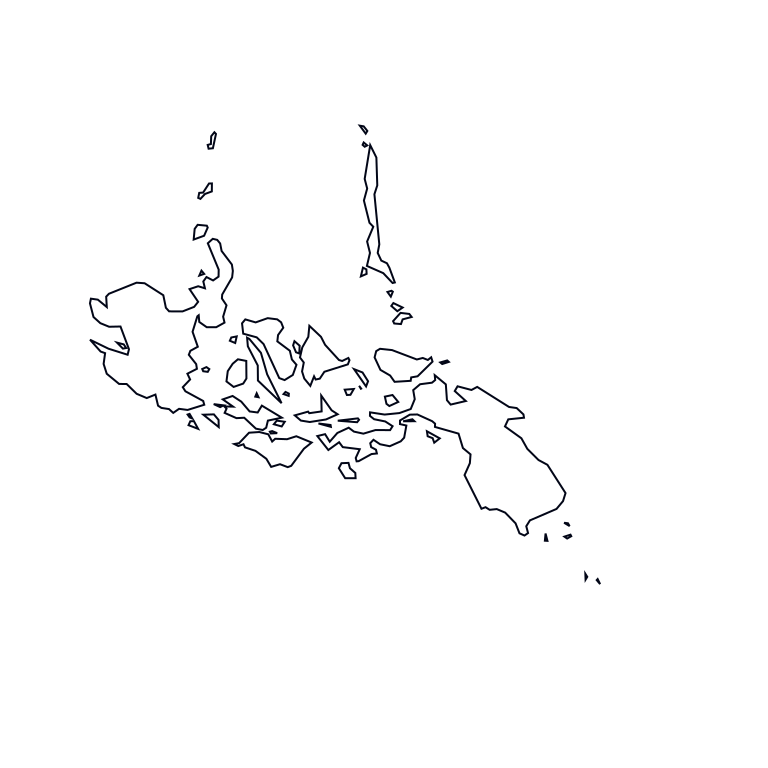 outline of Philippines, rotated 132°
{"feature_id": "PHL", "entity_name": "Philippines", "entity_type": "country or territory", "adm_level": 0, "iso_a3": "PHL", "parent_name": "Asia", "parent_adm1": "", "projection": "albers", "projection_center": [122.681, 12.951], "detail": "fine", "context": "isolated", "style": "outline", "palette": "ink", "viewbox_px": 768, "rotation_deg": 132, "n_neighbors": 0, "source": "natural_earth", "source_scale": "50m", "svg_char_len": 6209}
<svg xmlns="http://www.w3.org/2000/svg" viewBox="0 0 768 768"><g transform="rotate(132 384 384)"><path d="M361.4,172.2L387.7,184.3L394.5,183.1L398.4,177.2L402.6,178.2L404.3,183.4L399.5,193.0L398.5,207.9L401.5,216.5L406.8,221.3L407.6,226.1L411.5,228.1L397.8,263.2L385.4,267.2L378.4,272.6L378.8,282.5L371.0,295.4L381.8,317.4L379.3,319.5L379.4,323.3L384.3,338.8L389.5,344.3L400.4,347.7L403.1,345.3L399.9,339.6L410.4,333.1L415.4,333.2L426.4,338.1L431.4,346.6L432.5,354.5L437.2,354.6L439.5,351.3L438.2,346.0L440.4,342.8L444.4,346.4L458.3,351.2L459.8,352.6L457.9,355.5L448.7,358.4L458.5,372.4L457.3,378.4L470.3,381.2L467.3,398.7L460.7,394.2L463.2,385.7L451.6,385.9L440.1,381.0L439.5,374.5L434.7,366.1L423.9,359.5L414.2,348.6L409.6,349.4L411.0,358.0L416.8,367.8L417.1,373.1L414.4,375.4L406.3,363.1L395.3,353.1L384.7,347.4L374.7,351.0L369.0,358.2L360.0,357.0L350.9,349.2L346.8,348.6L343.5,352.2L342.9,337.8L353.9,326.4L354.7,320.7L341.9,311.8L341.9,326.7L336.5,327.8L329.9,315.0L323.8,312.8L317.4,275.7L313.1,269.3L313.3,260.0L315.4,257.4L327.1,268.0L334.6,265.7L332.4,245.6L336.3,234.1L337.1,218.3L334.7,208.5L343.6,176.1L351.2,172.6L361.4,172.2ZM539.6,519.7L546.5,521.3L546.5,527.0L550.7,533.4L551.3,537.4L544.8,546.8L553.2,550.9L556.8,561.3L556.2,575.2L561.2,580.9L561.9,596.9L556.7,605.8L547.7,611.9L549.5,616.3L547.8,632.1L542.1,612.3L533.8,594.1L528.8,596.8L517.6,618.3L525.4,626.6L528.6,635.5L528.6,644.7L520.8,656.5L516.7,658.9L512.8,653.1L512.3,641.5L505.0,648.9L501.0,648.8L474.3,635.7L469.3,629.3L465.7,607.4L473.3,597.1L473.8,592.3L464.9,582.3L453.7,576.7L447.3,577.1L443.6,592.0L435.7,587.5L432.7,581.1L428.7,586.9L423.3,587.5L421.4,580.3L414.9,578.8L409.6,583.4L397.3,609.1L390.7,608.4L388.5,604.4L389.2,599.8L393.8,593.7L397.0,577.0L401.1,572.0L406.4,568.2L425.8,564.1L428.9,561.7L430.9,553.7L441.6,548.6L445.1,543.6L454.1,546.7L460.4,553.7L461.5,562.8L456.9,567.7L458.6,568.0L473.3,561.2L480.9,547.3L488.9,550.1L492.9,548.6L494.9,536.9L497.9,533.2L507.9,537.0L510.4,531.1L521.0,531.4L522.3,526.7L517.6,507.0L519.7,503.7L534.7,512.6L539.6,519.7ZM433.9,530.1L428.8,530.3L424.1,520.6L412.9,514.5L407.4,506.6L407.0,501.7L409.6,496.5L418.5,495.5L423.7,491.8L422.3,476.2L427.4,468.9L428.3,461.9L438.3,457.8L447.6,460.5L449.7,465.8L434.9,500.2L434.5,509.8L440.8,522.3L433.9,530.1ZM510.2,399.9L513.2,407.6L521.1,412.4L518.3,421.4L519.7,434.8L524.1,444.9L522.8,448.1L527.6,450.8L528.8,455.1L524.9,452.1L510.5,451.7L503.1,444.5L498.8,436.3L501.6,428.6L497.5,428.2L489.9,419.1L481.5,414.2L475.9,398.6L485.7,400.2L506.9,398.2L510.2,399.9ZM393.6,424.0L414.8,436.5L423.0,435.3L426.4,437.8L425.1,441.1L434.7,437.5L433.3,446.9L429.5,453.3L421.7,458.0L420.5,464.2L411.5,469.2L399.6,471.8L390.7,478.4L391.1,462.4L394.3,454.0L396.3,433.5L394.9,430.5L388.5,427.9L389.4,425.6L393.6,424.0ZM244.5,535.6L215.7,554.1L220.8,541.2L240.9,521.9L249.4,518.1L283.4,480.9L290.8,476.4L294.1,468.6L292.3,462.6L294.0,457.8L301.3,443.9L303.2,445.2L302.1,458.7L307.7,475.7L296.0,482.1L289.4,491.9L274.3,497.2L273.9,502.7L261.1,521.7L250.0,527.3L244.5,535.6ZM334.9,362.9L355.8,364.2L360.9,368.2L363.8,366.3L375.3,377.6L373.6,385.1L375.9,396.1L370.5,408.8L364.8,411.8L360.5,410.5L353.4,400.7L343.8,376.0L338.7,372.6L336.8,367.5L332.6,366.8L334.9,362.9ZM477.4,437.4L488.9,445.8L495.3,442.3L499.3,443.3L502.9,449.3L502.6,465.3L508.1,470.8L512.1,483.1L507.7,484.5L507.5,487.6L501.8,481.0L503.3,493.5L494.2,488.5L492.6,478.3L494.3,465.5L489.7,458.8L481.8,460.3L477.4,437.4ZM447.1,510.4L441.2,516.7L440.6,514.2L443.2,496.3L455.0,477.3L466.8,447.3L465.8,480.0L454.7,490.2L447.1,510.4ZM487.5,502.8L479.0,508.7L470.2,510.0L463.4,509.1L459.0,501.8L472.0,489.9L477.9,488.9L486.8,493.8L487.5,502.8ZM449.2,403.4L461.9,413.7L466.8,421.3L467.0,429.3L455.3,421.9L455.7,420.0L446.1,412.0L434.6,422.9L438.6,405.3L437.5,398.2L449.2,403.4ZM480.0,349.8L476.8,361.2L471.3,362.6L466.4,357.6L469.4,352.9L469.3,345.8L473.0,342.1L480.0,349.8ZM395.4,628.5L390.4,629.0L384.9,621.6L385.7,619.7L394.2,616.9L404.0,622.1L395.4,628.5ZM323.5,413.4L328.1,411.5L332.2,416.9L331.2,419.3L320.1,419.3L315.0,412.1L315.7,408.3L323.5,413.4ZM387.8,361.4L396.8,365.3L397.1,368.9L392.8,374.9L386.5,370.3L387.8,361.4ZM356.1,640.8L362.6,644.2L369.3,644.3L370.0,646.6L365.6,649.2L362.8,646.5L352.1,648.2L350.1,646.1L356.1,640.8ZM527.7,497.7L520.4,490.1L521.4,482.9L526.6,478.0L527.7,497.7ZM397.8,395.7L393.0,416.2L389.8,407.7L392.6,397.7L397.8,395.7ZM326.5,671.8L324.3,675.0L321.5,673.2L315.5,678.2L310.4,678.5L310.6,676.2L323.3,668.9L326.5,671.8ZM394.0,307.4L391.7,311.6L393.6,316.6L390.4,320.5L387.1,306.2L394.0,307.4ZM416.1,477.4L412.1,479.2L412.0,472.3L418.0,467.4L419.3,470.6L416.1,477.4ZM321.1,430.8L317.6,431.2L314.7,421.3L321.0,422.8L321.1,430.8ZM487.6,438.9L483.0,439.2L478.5,432.5L484.0,431.6L487.6,438.9ZM417.0,404.2L414.5,409.4L407.9,403.1L414.5,401.7L417.0,404.2ZM541.3,503.0L538.8,500.4L541.7,492.1L545.4,501.7L541.3,503.0ZM430.4,378.4L442.2,393.8L427.0,380.4L427.3,378.6L430.4,378.4ZM319.5,473.2L311.6,477.5L310.6,473.8L313.8,470.6L319.5,473.2ZM453.1,522.0L455.0,527.5L451.6,528.6L447.2,525.3L453.1,522.0ZM451.4,394.8L457.2,406.3L450.2,396.3L451.4,394.8ZM210.2,565.1L208.2,574.8L206.1,571.5L207.1,565.7L210.2,565.1ZM495.5,526.9L494.5,529.1L490.3,527.3L489.8,523.8L492.9,523.1L495.5,526.9ZM532.4,601.7L531.9,610.1L528.7,603.9L529.8,599.7L532.4,601.7ZM330.2,354.1L330.3,356.6L324.2,352.8L324.2,350.6L330.2,354.1ZM510.8,490.3L512.9,497.1L507.2,488.9L510.8,490.3ZM392.8,159.6L387.0,163.9L391.2,157.6L392.8,159.6ZM391.3,336.5L398.9,344.8L391.2,339.3L391.3,336.5ZM376.3,144.5L376.7,147.8L371.2,144.6L371.8,143.0L376.3,144.5ZM314.5,437.4L313.3,443.0L309.7,440.8L309.5,439.2L314.5,437.4ZM422.5,591.3L427.0,593.8L421.9,595.5L422.5,591.3ZM496.5,435.0L495.8,436.9L493.8,435.6L492.0,430.5L496.5,435.0ZM456.6,446.9L458.7,451.9L455.8,451.9L454.8,448.3L456.6,446.9ZM220.6,559.9L218.1,560.7L217.9,556.1L220.6,557.1L220.6,559.9ZM538.1,509.5L536.3,508.5L537.9,503.4L538.9,506.1L538.1,509.5ZM365.4,151.0L366.6,157.3L364.4,154.1L365.4,151.0ZM394.5,103.3L390.3,107.4L391.3,103.9L394.5,103.3ZM388.1,89.5L387.4,94.7L386.0,94.7L388.1,89.5ZM479.5,471.2L476.1,472.4L477.8,468.4L479.5,471.2ZM403.0,398.0L402.0,401.3L402.7,397.9L403.0,398.0Z" fill="none" stroke="#020617" stroke-width="2"/></g></svg>